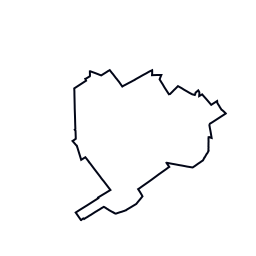 Pecineaga, Constanta, Romania, rotated 327°
{"feature_id": "2599482B178784761980", "entity_name": "Pecineaga", "entity_type": "district", "adm_level": 2, "iso_a3": "ROU", "parent_name": "Romania", "parent_adm1": "Constanta", "projection": "mercator", "projection_center": [28.482, 43.893], "detail": "fine", "context": "isolated", "style": "outline", "palette": "ink", "viewbox_px": 256, "rotation_deg": 327, "n_neighbors": 0, "source": "geoboundaries", "source_scale": "gbopen_adm2", "svg_char_len": 4727}
<svg xmlns="http://www.w3.org/2000/svg" viewBox="0 0 256 256"><g transform="rotate(327 128 128)"><path d="M38.4,179.6L38.5,179.7L39.1,179.6L40.7,179.5L41.3,179.5L41.5,179.6L41.7,179.8L41.7,180.4L41.8,180.4L42.3,180.4L42.7,180.4L43.3,180.4L44.3,180.4L45.1,180.5L45.4,180.5L46.1,180.5L48.0,180.5L49.1,180.6L49.9,180.6L50.9,180.6L51.9,180.6L53.0,180.6L53.8,180.6L55.0,180.6L55.4,180.6L56.3,180.7L57.0,180.7L58.0,180.7L59.7,180.8L60.4,180.8L60.6,180.8L61.1,180.8L61.4,180.8L61.9,180.8L62.6,180.8L63.2,180.9L63.8,180.9L64.1,180.9L64.7,180.9L64.8,181.0L65.0,181.3L65.1,181.5L65.4,182.1L65.6,182.5L65.9,183.1L66.0,183.5L66.4,184.4L66.8,185.1L67.3,186.4L68.3,188.3L68.8,189.3L69.2,189.9L69.6,190.8L69.8,191.2L69.9,191.4L70.0,191.3L70.7,192.7L70.9,193.0L71.2,193.2L71.5,193.3L72.8,193.6L75.5,194.3L76.4,194.6L77.8,195.0L78.8,195.2L79.3,195.4L80.4,195.6L80.7,195.7L81.0,195.7L81.4,195.8L81.5,195.9L81.9,195.9L82.0,195.8L82.4,195.8L82.9,195.8L83.4,195.8L83.7,195.8L84.3,195.9L84.6,195.9L85.1,195.9L85.9,195.9L86.7,196.0L87.6,196.0L90.6,196.1L93.3,196.2L93.6,196.2L96.3,195.3L100.2,194.1L102.9,193.2L103.1,191.4L103.1,190.7L103.2,188.5L103.2,184.8L103.6,184.8L105.1,184.8L105.4,184.8L106.6,184.7L109.2,184.6L115.0,184.4L119.5,184.2L124.5,183.9L129.1,183.6L130.0,183.6L131.9,183.5L134.8,183.4L137.3,183.3L138.8,183.2L140.2,183.1L141.4,183.1L141.3,178.6L141.5,178.7L141.7,178.9L141.9,178.6L142.1,178.8L144.8,181.4L147.7,184.1L150.5,186.8L152.8,188.9L155.3,191.3L156.4,192.4L158.4,194.2L159.8,195.5L160.4,196.0L160.6,196.2L160.8,196.3L161.1,196.3L161.7,196.3L163.4,196.3L165.6,196.2L167.8,196.1L169.7,196.1L171.6,196.0L172.9,196.0L173.2,196.0L173.4,195.9L173.7,195.7L174.2,195.5L175.1,194.9L176.0,194.4L176.2,194.5L180.0,192.5L180.5,192.5L183.2,191.0L183.2,190.5L183.5,190.2L183.9,189.7L184.1,189.3L184.5,188.7L185.0,188.1L185.2,187.8L185.3,187.4L185.5,187.2L185.7,186.9L186.2,186.1L186.6,185.6L186.8,185.2L187.2,184.6L187.7,183.9L188.0,183.5L188.2,183.2L188.6,182.5L189.5,181.1L190.0,180.3L190.3,180.0L190.5,179.8L190.6,179.6L190.9,179.7L191.1,179.8L191.3,180.0L191.5,180.3L191.6,180.5L191.8,180.7L192.1,181.2L192.7,181.9L193.4,180.3L194.1,178.7L194.9,176.9L195.7,175.0L196.4,173.2L197.4,170.9L197.8,170.0L198.0,169.6L198.2,169.2L198.2,169.3L198.4,169.3L199.1,169.0L201.6,169.1L202.4,169.1L202.5,169.1L203.9,169.1L205.0,169.1L205.7,169.1L206.9,169.1L208.0,169.1L208.8,169.1L210.6,169.1L212.0,169.1L213.4,169.1L217.9,169.1L217.9,168.9L217.7,167.9L217.5,167.3L217.4,166.6L216.9,164.9L216.8,164.5L216.7,164.2L216.5,163.9L216.4,163.7L216.4,163.1L216.4,162.7L216.4,161.6L216.4,160.7L216.4,160.0L216.4,159.9L216.5,159.6L216.5,159.0L216.5,158.6L216.5,158.0L216.5,157.7L216.5,156.5L216.6,155.9L216.6,155.4L216.7,155.2L216.8,154.9L217.0,154.6L217.1,154.4L217.3,154.3L217.4,154.2L217.5,153.9L216.6,153.9L214.8,153.9L213.9,153.9L213.6,153.9L212.3,153.9L211.6,153.9L210.4,153.9L209.9,150.0L209.4,146.3L208.8,142.4L208.5,140.2L205.1,140.0L206.5,138.1L206.9,137.6L207.3,136.7L207.4,135.6L207.4,134.7L206.8,134.8L206.2,134.9L205.5,134.9L204.7,135.1L204.1,135.1L203.5,135.5L203.2,135.8L202.7,136.3L202.0,136.7L201.3,135.9L200.7,135.2L200.3,134.9L199.4,133.3L199.4,133.2L198.9,132.4L197.3,129.2L195.9,126.5L194.5,123.4L194.3,123.1L192.8,120.3L192.7,120.1L189.0,120.9L187.3,121.2L185.2,121.7L183.2,122.1L181.9,122.4L181.7,122.4L181.3,122.2L180.9,121.9L180.7,121.9L180.7,114.0L180.7,113.8L180.9,110.0L180.9,107.5L181.0,104.7L181.0,104.4L181.4,104.1L182.8,103.1L184.8,101.7L182.8,100.4L180.6,99.0L178.1,97.5L176.9,96.8L177.2,96.4L177.5,96.0L177.6,95.9L177.8,95.7L178.1,95.2L179.5,93.1L179.7,92.7L176.9,92.3L175.4,92.2L173.1,92.1L169.9,91.8L168.4,91.7L166.7,91.6L166.3,91.6L161.9,91.3L159.9,91.2L159.8,91.3L158.2,91.1L156.8,91.0L155.5,90.9L154.5,90.8L153.7,90.7L152.5,90.6L150.1,90.4L148.9,90.3L148.1,90.2L146.8,90.1L146.0,90.1L145.8,90.1L145.6,84.2L145.5,83.3L145.4,82.7L145.3,80.9L145.2,80.3L145.1,79.7L144.9,76.9L144.8,75.5L144.7,74.3L144.6,73.7L144.5,73.0L144.2,69.5L142.5,69.4L139.5,69.4L134.2,69.3L133.2,68.0L132.1,66.4L129.9,63.4L128.3,61.3L127.2,59.8L126.9,59.7L126.0,61.1L125.1,62.6L124.5,63.5L124.2,63.8L123.9,63.9L123.1,63.8L119.6,63.7L119.0,63.5L118.6,65.5L111.8,65.5L104.5,65.5L102.8,68.4L101.4,70.6L95.1,80.8L94.2,82.2L89.8,89.5L85.7,96.2L83.6,99.7L83.3,100.2L82.4,100.4L82.4,101.1L82.5,101.7L80.4,105.2L78.7,108.0L78.3,108.6L76.0,108.7L74.5,108.7L74.4,108.7L75.3,115.1L75.2,115.5L75.3,115.5L71.4,129.2L76.3,129.3L76.5,131.2L76.8,134.8L76.7,134.8L76.7,135.0L76.8,136.3L76.9,136.6L77.0,137.8L77.4,143.9L77.8,148.9L78.2,154.1L78.2,155.0L78.5,158.4L78.6,158.6L79.5,170.4L79.4,170.4L78.3,170.4L75.4,170.3L74.4,170.3L69.1,170.1L65.0,170.0L64.9,170.7L51.6,170.6L43.0,170.4L38.1,170.4L38.4,179.6Z" fill="none" stroke="#020617" stroke-width="2"/></g></svg>